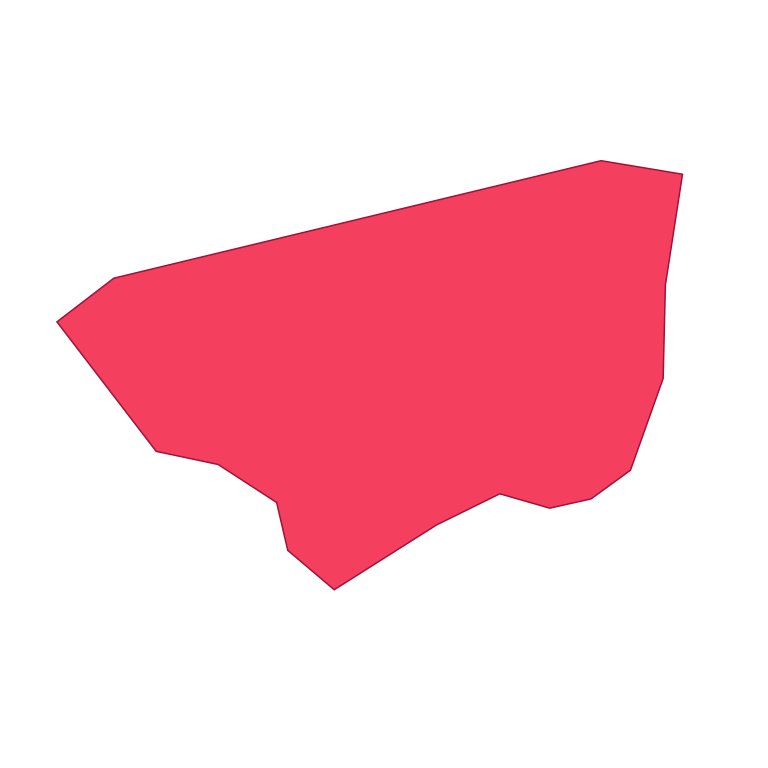 SVG path tracing the border of Marsaskala, rotated 264°
{"feature_id": "MLT-5962", "entity_name": "Marsaskala", "entity_type": "state/province", "adm_level": 1, "iso_a3": "MLT", "parent_name": "Malta", "parent_adm1": "", "projection": "albers", "projection_center": [14.553, 35.857], "detail": "fine", "context": "isolated", "style": "filled", "palette": "rose", "viewbox_px": 768, "rotation_deg": 264, "n_neighbors": 0, "source": "natural_earth", "source_scale": "10m", "svg_char_len": 373}
<svg xmlns="http://www.w3.org/2000/svg" viewBox="0 0 768 768"><g transform="rotate(264 384 384)"><path d="M480.0,65.2L517.5,126.4L583.4,623.2L561.4,702.8L453.0,674.2L360.3,662.2L272.5,620.1L248.1,577.9L243.2,535.8L262.7,487.6L238.3,421.4L184.6,313.0L228.6,270.9L277.4,264.8L321.3,210.6L340.8,150.4L480.0,65.2Z" fill="#f43f5e" stroke="#9f1239" stroke-width="1.5"/></g></svg>